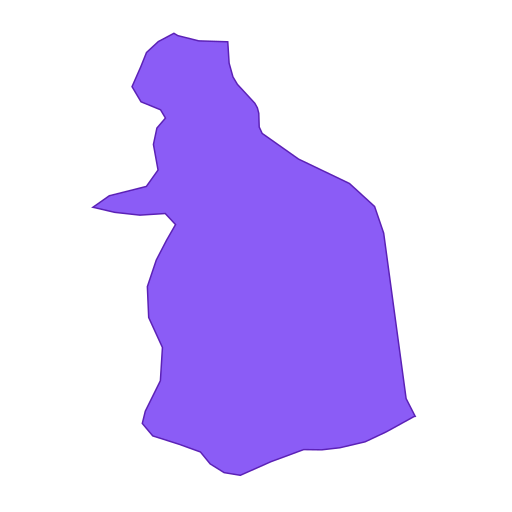 outline of Viqueque, rotated 272°
{"feature_id": "TLS-552", "entity_name": "Viqueque", "entity_type": "District", "adm_level": 1, "iso_a3": "TLS", "parent_name": "East Timor", "parent_adm1": "", "projection": "equal_earth", "projection_center": [126.408, -8.804], "detail": "fine", "context": "isolated", "style": "filled", "palette": "violet", "viewbox_px": 512, "rotation_deg": 272, "n_neighbors": 0, "source": "natural_earth", "source_scale": "10m", "svg_char_len": 852}
<svg xmlns="http://www.w3.org/2000/svg" viewBox="0 0 512 512"><g transform="rotate(272 256 256)"><path d="M469.1,220.3L447.8,222.4L434.2,226.7L426.9,231.4L408.6,249.5L404.1,252.2L398.7,253.8L385.0,254.7L378.7,257.9L354.3,295.2L331.7,346.9L309.6,372.8L283.3,382.8L118.7,411.0L101.3,420.7L101.1,419.6L84.8,392.3L74.1,371.5L67.3,346.5L64.6,328.5L64.2,310.4L51.0,278.2L36.3,248.0L38.4,231.7L46.6,217.5L58.2,207.3L65.2,185.6L72.6,159.1L84.7,148.2L97.1,150.8L102.6,153.3L128.0,164.8L161.3,165.7L190.8,150.9L221.6,148.5L248.5,156.5L268.5,166.0L284.6,174.5L295.3,163.8L292.8,138.5L294.7,113.3L299.0,91.3L311.1,107.3L321.7,144.0L338.5,155.1L363.9,149.6L380.4,152.5L390.7,160.7L398.8,155.5L406.1,135.7L420.9,126.2L441.2,134.3L455.6,139.5L466.9,150.9L475.7,166.2L473.5,170.2L469.0,191.2L469.1,220.3Z" fill="#8b5cf6" stroke="#5b21b6" stroke-width="1.5"/></g></svg>